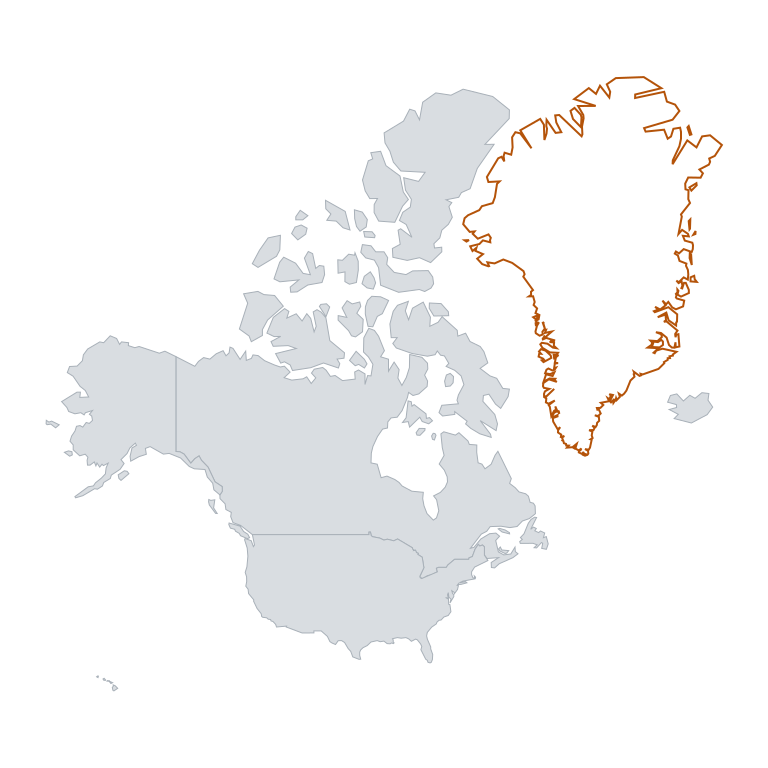 Greenland shown with its bordering countries
{"feature_id": "GRL", "entity_name": "Greenland", "entity_type": "country or territory", "adm_level": 0, "iso_a3": "GRL", "parent_name": "North America", "parent_adm1": "", "projection": "mercator", "projection_center": [-41.68, 71.708], "detail": "fine", "context": "with_neighbors", "style": "outline", "palette": "amber", "viewbox_px": 768, "rotation_deg": 0, "n_neighbors": 3, "source": "natural_earth", "source_scale": "50m", "svg_char_len": 18312}
<svg xmlns="http://www.w3.org/2000/svg" viewBox="0 0 768 768"><path d="M252.4,534.6L240.6,525.4L233.0,522.6L230.7,516.6L231.3,512.4L225.9,509.5L225.1,503.8L220.0,498.6L219.9,494.9L222.3,491.3L222.2,486.6L215.0,481.8L208.1,467.2L201.4,460.2L199.1,455.9L194.9,458.6L190.8,463.2L184.1,454.1L180.0,451.8L175.9,451.5L175.9,356.6L194.8,366.3L198.5,361.4L203.6,357.6L209.9,359.1L216.2,353.8L223.1,350.7L226.0,355.8L229.1,352.9L230.0,347.1L233.0,348.4L240.1,359.4L245.7,351.1L246.3,360.4L251.4,358.4L253.0,354.9L258.1,355.6L264.6,360.7L274.5,365.0L280.3,367.0L284.4,366.2L290.1,372.1L284.1,377.7L291.8,380.1L303.1,378.8L306.7,376.8L311.2,383.5L315.8,377.9L311.5,373.1L314.2,369.2L322.7,367.5L326.1,370.2L330.4,376.4L335.1,375.5L342.5,380.6L355.2,379.1L354.7,372.0L358.5,370.0L365.0,373.9L365.0,384.5L367.6,375.6L371.0,375.9L372.9,364.3L368.4,356.9L363.5,352.0L363.8,337.9L368.8,328.3L374.4,330.4L378.6,336.3L384.4,350.7L380.6,356.8L388.5,359.2L388.5,371.2L394.1,362.1L399.1,369.6L397.9,378.1L401.9,385.5L406.3,377.5L409.4,367.7L409.7,354.5L421.9,357.3L427.5,363.2L427.8,369.0L424.6,375.1L427.6,381.1L427.1,386.5L418.8,393.9L413.0,395.5L408.6,392.4L407.4,397.6L402.1,410.6L397.2,417.2L391.1,417.9L387.8,421.9L387.5,428.0L382.6,429.1L377.5,436.5L372.9,446.5L371.3,453.2L371.0,462.9L377.2,464.2L381.1,477.7L387.0,476.1L394.8,479.5L399.0,482.4L402.1,486.0L411.8,491.2L423.3,492.3L422.7,498.7L424.0,505.8L427.0,513.6L433.3,520.1L436.5,517.9L438.8,510.8L436.6,499.7L433.6,495.9L440.4,492.4L445.2,487.2L447.5,481.9L447.2,476.8L444.3,470.1L439.2,464.0L444.1,455.4L442.3,447.7L440.9,433.9L443.8,431.8L455.4,435.1L458.9,432.7L468.0,441.0L469.3,444.4L476.8,445.0L476.7,452.3L478.1,462.8L481.9,464.1L485.0,468.8L491.1,464.3L495.1,455.2L497.9,451.3L511.3,478.6L509.6,483.4L515.2,487.7L519.0,491.9L525.7,493.8L528.4,496.2L530.1,502.3L533.4,503.2L535.1,505.9L535.4,513.7L529.3,518.6L522.4,521.0L517.1,526.5L509.9,527.6L500.9,526.2L490.2,526.6L486.7,531.3L481.3,534.1L470.4,548.3L474.0,547.3L480.8,539.0L489.6,533.7L495.9,533.1L499.6,536.2L495.7,540.5L498.4,551.9L503.8,554.9L510.8,554.0L515.0,547.1L515.3,551.6L518.0,553.8L512.8,557.7L499.3,563.7L494.6,567.9L491.4,567.5L491.2,562.5L498.6,557.6L487.1,558.5L484.4,555.1L484.4,546.8L482.5,545.0L479.7,546.0L478.3,544.4L475.1,549.1L472.3,556.6L469.1,557.8L468.7,559.3L454.6,559.3L447.7,565.1L446.3,567.4L438.3,567.4L436.4,568.3L437.4,571.8L431.9,574.7L427.5,575.6L422.6,578.6L419.7,576.9L423.9,567.7L422.2,557.2L417.8,554.4L418.3,553.3L416.5,552.6L415.5,550.2L413.5,550.6L413.8,550.0L412.8,549.4L412.4,547.8L397.6,539.0L393.8,540.8L387.3,539.2L383.9,540.1L379.8,538.1L372.5,536.7L371.2,535.6L370.5,532.1L369.0,532.1L369.0,534.6L252.4,534.6ZM416.1,432.7L419.2,428.4L425.0,428.5L424.9,430.3L420.0,435.3L417.0,435.1L416.1,432.7ZM433.9,316.0L429.2,308.3L429.4,303.0L441.1,303.6L448.3,311.7L448.7,315.7L433.9,316.0ZM431.6,436.0L433.2,433.3L434.9,433.5L436.0,435.3L434.4,440.0L432.5,439.3L431.6,436.0ZM375.6,282.9L373.3,289.1L367.1,287.9L362.0,283.7L364.3,276.3L370.3,271.8L374.0,277.7L375.6,282.9ZM374.6,237.7L364.8,237.0L363.7,231.5L372.1,231.8L375.1,235.5L374.6,237.7ZM362.3,212.1L367.3,219.5L366.2,227.0L360.0,231.2L356.5,226.5L354.7,218.7L354.4,209.8L362.3,212.1ZM398.6,292.3L380.6,285.2L378.6,267.7L374.4,260.1L365.7,257.9L360.8,252.3L362.4,244.6L371.0,245.8L375.7,251.8L384.0,251.8L387.7,257.7L386.7,264.4L394.2,272.4L406.0,274.6L412.7,270.9L428.2,270.6L432.7,277.0L433.6,283.8L431.0,288.1L424.7,291.5L419.3,289.5L398.6,292.3ZM301.2,225.0L307.1,228.2L305.7,234.2L297.8,239.9L291.6,233.5L295.0,227.1L301.2,225.0ZM300.2,210.3L307.9,215.7L302.8,219.8L295.8,219.8L295.8,216.7L300.2,210.3ZM536.6,517.5L530.7,529.3L533.5,527.1L536.3,528.5L534.8,530.8L538.6,532.6L540.5,531.0L544.7,533.0L543.4,537.7L546.3,536.6L548.2,543.9L546.4,549.3L541.7,548.4L542.7,543.3L541.5,542.5L536.6,547.9L534.1,547.7L537.1,544.8L533.0,543.3L520.3,543.4L519.7,541.6L522.3,539.4L520.4,537.6L524.0,533.8L528.3,523.3L531.0,519.5L534.6,517.2L536.6,517.5ZM414.1,404.6L426.0,413.8L426.4,418.4L429.5,417.6L432.5,420.8L428.7,423.8L422.2,421.5L419.8,417.2L409.6,427.1L408.2,421.6L402.5,422.5L406.1,417.8L408.1,400.9L411.2,401.7L412.0,406.2L414.1,404.6ZM438.1,322.3L442.1,316.7L457.2,330.3L457.8,336.1L465.6,333.2L470.0,341.5L480.2,346.5L483.9,351.6L487.8,362.9L480.1,368.4L490.0,375.9L496.7,378.3L502.8,388.4L509.4,389.1L508.1,396.6L500.7,408.4L495.5,404.1L488.9,394.2L483.4,395.5L482.9,401.4L494.8,414.5L497.5,423.9L496.1,430.6L480.2,420.6L490.5,434.2L491.2,437.4L479.8,433.8L470.8,428.4L465.6,423.9L467.1,421.2L454.7,411.6L454.8,414.4L442.6,416.0L439.0,412.6L441.8,405.3L458.4,403.8L457.0,400.2L458.4,395.0L463.9,384.6L461.1,375.9L454.7,370.3L446.1,366.4L448.8,363.4L444.4,355.9L440.6,355.2L437.3,351.0L435.1,354.7L427.4,356.2L412.1,353.5L396.3,348.0L392.8,343.5L397.2,337.6L391.2,337.6L389.9,324.0L393.2,311.3L397.5,305.3L408.4,301.3L405.3,310.9L408.6,319.8L412.5,308.2L423.2,302.1L430.4,317.2L429.8,326.3L438.1,322.3ZM371.8,296.3L380.6,296.8L388.6,300.5L382.3,313.7L377.3,316.4L372.8,326.8L368.0,326.3L365.3,314.0L365.4,306.8L367.6,300.4L371.8,296.3ZM252.3,263.7L259.5,250.2L268.1,237.9L280.4,235.3L279.8,249.9L276.5,256.3L258.0,267.4L252.3,263.7ZM210.8,500.4L214.8,499.8L213.6,507.9L217.2,513.5L215.6,513.4L209.3,504.9L208.6,501.8L208.8,499.5L210.8,500.4ZM325.5,200.3L345.2,211.4L350.0,230.0L343.1,227.8L336.2,221.1L326.8,220.3L330.9,214.0L325.8,208.8L325.5,200.3ZM249.6,537.7L247.4,538.6L240.5,535.7L239.3,533.4L235.5,531.2L234.7,529.3L230.4,528.1L228.8,524.5L229.1,523.0L240.1,526.2L243.6,531.5L247.8,534.2L249.6,537.7ZM257.9,291.4L263.9,294.6L274.6,295.5L283.3,306.2L267.6,320.0L262.4,329.6L262.4,335.5L251.3,341.7L249.1,336.0L239.4,329.0L247.7,303.2L243.6,293.8L257.9,291.4ZM315.7,268.4L319.4,265.5L323.8,266.2L324.6,274.6L322.0,282.5L307.8,285.0L297.1,291.9L290.7,292.2L290.2,287.1L298.9,279.9L279.9,281.8L274.0,278.9L279.7,262.2L283.7,257.2L295.6,263.2L303.1,273.4L310.4,274.7L304.4,258.1L308.3,251.5L312.6,253.6L315.7,268.4ZM321.1,312.1L325.9,317.8L329.8,340.6L344.5,352.8L344.0,358.2L337.1,359.1L339.8,363.7L338.4,368.0L323.5,363.0L310.7,367.7L292.5,370.5L290.2,365.0L284.5,361.8L280.7,363.1L275.6,353.6L296.3,348.5L288.2,345.6L273.2,346.3L271.0,341.6L280.7,336.4L274.2,336.6L266.9,333.1L273.3,317.4L284.6,308.6L288.9,311.4L286.8,318.1L296.2,313.8L302.1,321.0L306.8,313.7L310.7,318.4L314.1,331.9L316.2,326.3L313.2,311.9L317.0,309.7L321.1,312.1ZM346.8,317.4L342.1,307.9L347.1,300.7L352.2,303.9L359.7,302.0L360.8,306.3L356.8,313.3L363.2,319.4L362.5,331.8L355.5,336.9L351.5,335.8L348.6,330.7L338.1,320.1L338.2,315.6L346.8,317.4ZM320.8,304.4L326.5,303.8L329.7,307.0L326.0,316.6L319.4,306.4L320.8,304.4ZM355.0,252.8L358.2,261.2L358.3,270.1L356.4,282.5L349.4,284.2L344.9,281.6L345.0,271.9L338.1,273.2L337.8,259.8L342.4,260.3L348.7,254.2L354.6,255.2L355.0,252.8ZM362.5,180.0L368.3,160.8L372.7,158.9L370.8,152.7L380.6,151.3L386.0,165.7L400.0,176.0L403.3,192.0L408.4,199.5L402.6,206.1L394.8,222.3L378.7,221.1L374.1,212.5L374.2,204.5L377.5,198.5L369.8,198.6L365.2,190.9L362.5,180.0ZM384.1,132.9L403.5,121.1L409.7,109.2L415.0,110.9L419.5,119.9L422.7,102.2L435.8,92.9L451.0,95.2L463.1,89.2L492.7,96.5L509.4,109.9L509.2,118.6L484.9,144.4L494.1,144.3L477.3,168.4L470.1,188.7L461.4,192.6L458.7,197.3L446.0,199.8L451.8,202.6L448.9,206.6L452.3,217.3L448.3,224.4L441.8,230.2L439.8,237.9L433.9,243.7L434.5,248.0L441.7,247.2L441.8,251.8L430.6,262.6L419.5,257.7L407.2,260.4L392.9,257.3L392.4,248.5L400.2,244.3L398.1,230.2L400.7,228.8L411.9,237.3L406.2,224.5L399.4,220.5L402.8,212.3L410.3,207.1L411.4,199.3L405.5,190.2L403.7,177.7L418.6,181.4L425.1,172.3L400.9,171.0L393.4,162.2L389.9,151.2L385.0,142.9L384.1,132.9ZM453.1,382.8L450.3,386.0L445.6,386.6L444.6,381.2L446.4,375.0L450.2,373.4L453.5,376.5L453.1,382.8ZM364.4,359.3L367.0,363.9L364.4,368.0L358.7,364.4L355.2,365.7L349.5,360.4L356.1,351.3L364.4,359.3ZM498.2,528.9L499.6,528.4L505.2,530.0L509.5,532.7L509.6,533.9L502.1,532.0L498.2,528.9ZM500.3,547.0L501.8,550.0L508.7,550.6L506.7,553.1L505.1,553.5L499.7,550.9L498.7,548.9L500.3,547.0Z" fill="#d9dde1" stroke="#a8b0b8" stroke-width="1"/><path d="M252.4,534.6L369.0,534.6L369.0,532.1L370.5,532.1L371.2,535.6L372.5,536.7L379.8,538.1L383.9,540.1L387.3,539.2L393.8,540.8L397.6,539.0L412.4,547.8L412.8,549.4L413.8,550.0L413.5,550.6L415.5,550.2L416.5,552.6L418.3,553.3L417.8,554.4L422.2,557.2L423.9,567.7L419.8,576.3L420.2,577.7L421.6,578.6L437.4,571.8L436.4,568.3L438.3,567.4L446.3,567.4L447.7,565.1L454.6,559.3L468.7,559.3L469.1,557.8L472.3,556.6L475.1,549.1L478.3,544.4L479.7,546.0L482.5,545.0L484.4,546.8L484.4,555.1L487.9,560.5L474.6,567.1L471.6,571.8L471.6,574.8L473.0,577.9L474.7,578.0L474.3,575.9L475.6,577.2L475.2,578.8L462.9,581.1L459.4,582.8L465.6,581.7L466.9,582.8L461.0,584.4L458.3,584.5L458.4,583.8L457.1,585.3L458.4,585.6L457.5,589.5L454.4,593.7L454.1,592.3L451.8,590.7L452.6,593.6L453.7,594.6L453.8,596.6L450.0,602.9L451.0,599.1L448.8,597.1L448.3,592.6L447.5,594.9L448.4,598.3L445.6,597.5L448.5,599.2L448.7,604.3L449.9,604.6L450.9,611.7L448.2,615.5L443.9,617.0L441.1,620.0L439.0,620.3L436.9,622.2L436.3,623.9L431.7,627.1L427.3,632.4L426.6,635.9L427.4,639.3L430.7,646.9L430.7,648.9L432.7,654.5L432.4,659.5L431.3,662.3L430.1,662.9L428.0,662.3L427.3,660.3L425.7,659.2L420.9,649.7L421.8,646.5L420.6,643.9L417.3,639.8L415.6,639.1L411.4,641.3L408.6,638.8L405.9,637.6L401.2,638.2L397.4,637.6L392.5,638.7L393.2,640.0L393.2,642.0L394.1,642.9L393.3,643.6L391.7,642.9L390.1,643.8L387.1,643.6L383.9,641.1L380.2,641.7L377.2,640.6L371.0,642.0L367.2,645.6L363.0,647.7L360.7,649.9L359.7,652.1L359.7,655.4L360.7,659.2L359.0,659.3L352.8,656.9L350.7,651.3L348.2,648.6L344.6,642.5L341.6,640.6L338.2,640.7L335.5,644.5L332.0,643.0L329.9,641.6L327.4,636.4L321.2,630.9L313.9,630.9L313.9,632.9L302.2,633.0L286.2,627.0L286.6,626.1L276.5,627.0L275.7,624.4L273.0,621.5L271.0,620.9L270.6,619.5L268.2,619.2L266.7,617.8L262.8,617.3L261.7,616.5L261.2,613.7L257.1,608.5L253.6,601.2L253.8,599.9L248.6,593.6L248.1,589.2L245.8,586.2L246.7,581.6L246.6,576.8L245.2,572.4L246.9,566.9L247.9,556.2L247.2,548.0L244.6,539.8L245.1,538.5L251.2,540.7L253.4,546.6L254.5,545.0L252.4,534.6ZM175.9,356.6L175.9,451.5L180.0,451.8L184.1,454.1L190.8,463.2L194.9,458.6L199.1,455.9L201.4,460.2L208.1,467.2L215.0,481.8L222.2,486.6L222.3,491.3L219.9,494.9L213.9,489.8L212.7,483.2L207.3,477.0L205.0,469.5L194.3,468.8L189.3,466.5L180.6,458.0L169.2,453.4L163.4,454.1L150.1,446.6L145.4,448.4L146.3,454.3L139.1,456.6L130.7,461.2L130.1,456.3L132.0,448.0L136.5,445.3L135.3,443.1L129.9,447.9L127.0,453.6L121.0,459.6L124.1,463.5L120.1,469.3L111.3,475.1L110.3,478.5L103.7,482.5L102.4,486.0L97.4,489.2L94.6,488.7L82.8,495.7L75.6,497.8L74.9,496.6L88.2,486.8L93.4,485.9L95.5,482.8L101.3,478.2L105.4,473.9L106.1,467.9L108.2,463.1L103.4,465.6L102.0,464.2L99.7,467.1L97.0,463.0L95.9,465.9L94.3,461.9L90.1,465.1L87.5,465.1L87.1,460.3L87.9,457.2L85.2,454.2L79.7,455.8L73.2,449.8L73.2,444.9L70.0,441.2L71.6,436.1L75.0,431.0L76.5,426.3L80.0,425.6L82.8,427.1L86.2,422.5L89.3,423.4L92.5,420.4L91.7,416.0L89.4,414.3L92.5,410.5L85.4,412.7L84.1,414.9L80.8,412.7L74.9,413.8L68.7,411.5L66.9,407.5L61.6,401.6L76.9,392.2L80.4,392.2L79.8,397.4L88.7,397.0L85.3,390.5L80.1,386.4L73.1,376.2L67.3,372.6L69.6,366.5L77.1,366.1L82.4,360.7L83.4,354.8L87.7,349.0L99.8,341.9L103.7,342.7L110.2,335.8L116.6,338.5L119.6,344.4L121.5,341.9L128.6,342.7L128.3,345.6L134.8,347.7L139.1,346.5L159.3,353.2L164.9,351.2L175.9,356.6ZM46.3,420.3L48.9,422.1L51.6,421.1L59.2,424.8L55.6,427.8L50.8,424.1L47.1,424.7L46.1,423.8L46.3,420.3ZM115.1,685.7L117.7,688.3L113.9,690.9L112.9,690.3L112.3,687.4L113.3,686.2L113.2,684.9L115.1,685.7ZM112.6,682.7L110.9,683.5L109.6,681.9L110.0,681.5L112.6,682.7ZM109.4,680.8L109.3,681.3L107.0,681.1L107.4,680.6L109.4,680.8ZM104.1,678.3L105.7,680.1L105.4,680.4L103.7,680.2L103.0,679.0L104.1,678.3ZM98.4,676.1L98.0,677.6L96.6,676.8L97.5,676.0L98.4,676.1ZM68.5,450.9L71.9,451.7L72.3,454.9L69.7,456.2L64.4,452.3L68.5,450.9ZM124.3,470.8L127.1,471.3L128.9,473.7L121.0,480.4L118.9,478.4L118.2,474.8L124.3,470.8Z" fill="#d9dde1" stroke="#a8b0b8" stroke-width="1"/><path d="M708.9,393.5L708.0,400.2L712.7,407.1L707.2,414.6L691.4,423.0L674.1,418.6L678.3,414.3L669.1,409.5L676.6,407.5L676.4,404.6L667.6,402.2L670.4,395.5L676.8,393.9L683.4,401.0L689.8,395.3L695.1,398.3L701.9,392.7L708.9,393.5Z" fill="#d9dde1" stroke="#a8b0b8" stroke-width="1"/><path d="M643.8,77.1L661.4,88.2L635.2,94.5L635.1,98.0L664.2,91.8L666.9,101.6L675.1,104.6L679.4,111.0L672.6,119.7L644.1,128.1L645.6,131.6L664.1,129.7L667.7,138.7L671.0,136.5L673.4,128.8L680.1,127.7L681.0,131.8L681.0,138.8L679.4,146.2L672.8,160.3L672.6,164.2L687.3,140.4L696.5,147.4L702.1,136.4L710.1,135.3L721.9,145.0L714.8,155.9L709.2,158.5L710.1,161.8L708.9,164.6L699.4,169.5L702.9,173.3L700.6,177.7L688.2,177.5L685.2,183.6L685.5,189.3L688.5,190.2L688.3,199.2L690.0,203.0L681.0,214.4L681.8,216.6L678.5,234.0L682.1,229.9L687.9,233.8L688.8,236.4L682.9,235.8L684.8,240.6L692.3,242.7L693.0,245.1L692.8,249.1L691.7,252.0L683.7,249.1L679.0,253.4L675.9,251.5L674.8,253.6L677.9,255.5L679.5,260.9L686.4,263.6L686.0,265.8L687.9,269.9L688.3,274.4L687.8,279.6L683.7,277.4L678.8,282.2L676.4,280.6L678.6,283.1L681.6,281.3L682.4,285.7L681.4,288.1L682.2,288.4L684.0,282.9L685.8,282.9L688.8,289.8L688.9,293.0L681.0,296.6L677.5,294.6L678.4,290.8L677.4,289.5L677.5,292.3L675.9,293.9L676.5,295.2L675.9,297.4L676.8,298.5L684.2,300.6L683.1,306.4L675.9,309.3L672.2,307.4L668.3,301.9L666.1,304.3L662.5,300.6L665.6,305.3L660.2,309.5L655.1,306.8L658.2,309.6L653.9,311.2L654.8,312.2L668.4,307.2L677.2,314.3L677.0,321.7L676.2,322.4L676.1,325.5L668.6,320.3L666.3,312.6L657.7,317.2L665.5,314.6L666.0,320.2L663.9,321.8L666.5,321.4L677.5,330.6L675.2,333.9L675.3,335.5L675.6,337.2L676.1,334.8L678.4,334.2L679.4,346.5L675.7,347.3L675.5,342.3L674.4,347.7L671.8,347.5L669.0,345.0L666.6,337.6L661.0,333.0L655.9,332.2L661.2,334.2L661.9,337.0L657.5,341.1L650.4,340.6L652.2,342.5L651.5,344.9L647.6,347.6L658.4,348.2L653.6,352.7L654.7,353.2L656.2,350.6L662.5,348.7L676.5,351.8L672.8,354.5L672.9,355.6L669.5,356.3L670.0,358.1L667.7,358.2L667.7,359.9L663.9,362.1L664.3,363.2L658.5,368.9L642.8,374.4L640.6,373.8L641.1,375.3L639.5,375.9L633.8,371.7L634.5,373.7L633.7,374.2L634.5,376.7L630.5,380.5L626.4,390.6L624.1,393.7L621.8,395.6L618.9,393.6L619.9,396.8L616.8,400.0L616.1,398.1L615.6,400.4L613.9,399.5L611.0,402.4L609.9,401.2L613.0,395.0L609.3,394.2L611.0,395.5L609.3,399.2L607.7,398.1L609.1,401.2L600.8,402.8L603.3,405.0L600.4,407.9L596.9,408.0L597.4,409.7L598.7,409.2L600.7,413.5L598.2,416.0L594.8,415.3L598.9,416.9L599.2,420.8L597.1,422.8L596.8,425.1L595.6,427.0L592.3,425.7L594.6,427.9L593.5,430.0L589.1,430.2L592.4,431.6L591.7,435.4L592.6,438.0L590.6,439.3L591.7,439.6L590.0,447.6L588.7,449.7L585.0,449.1L588.0,450.8L588.3,453.6L587.5,454.7L584.8,453.9L586.1,455.3L585.0,455.7L582.9,454.8L583.7,451.8L582.1,454.0L578.8,452.4L578.9,451.0L580.5,450.3L581.4,448.5L578.8,450.4L576.0,448.9L575.6,447.5L576.8,443.7L572.5,447.2L567.0,447.6L568.7,445.6L566.2,445.5L566.0,443.9L563.9,443.2L563.4,441.0L562.3,440.4L562.8,439.6L562.0,437.7L564.3,436.0L560.9,436.8L561.2,434.6L558.0,432.5L558.1,430.2L560.2,427.2L557.7,429.3L553.2,421.6L552.8,418.1L558.3,416.1L557.3,416.2L557.5,415.1L552.9,417.2L552.2,416.2L554.2,412.7L556.5,411.6L557.9,411.5L559.3,413.8L558.8,411.3L557.2,410.7L555.3,406.4L556.3,410.4L554.2,412.1L554.6,410.5L554.1,410.8L551.3,416.1L549.8,406.8L548.7,405.1L554.8,400.5L548.6,403.7L545.9,402.4L546.3,398.5L545.1,397.7L554.2,388.9L546.6,396.1L544.1,396.6L544.0,393.9L544.9,391.4L549.3,388.9L543.8,387.8L543.0,386.2L543.3,383.1L548.8,379.3L556.8,381.9L554.4,380.1L555.3,378.8L549.5,378.5L543.6,381.7L546.1,374.3L552.6,376.0L554.4,372.3L550.1,374.1L545.1,373.3L546.5,369.7L548.4,368.5L552.5,370.5L554.6,369.8L556.0,367.6L554.1,368.2L554.8,363.6L558.1,363.1L554.8,362.7L556.0,357.2L557.9,355.6L557.2,353.9L558.0,352.8L549.9,352.4L542.4,347.8L540.3,344.3L541.8,342.8L547.5,343.7L552.9,347.6L556.5,348.2L553.8,345.7L554.1,342.4L551.9,340.3L555.1,340.5L546.7,338.1L546.2,336.4L551.9,331.5L544.9,332.9L546.1,329.8L545.3,330.0L543.3,323.2L544.0,322.2L542.8,322.8L544.8,328.6L542.4,331.8L542.7,334.5L539.6,335.7L535.8,333.2L535.5,331.4L537.0,325.7L539.0,322.3L535.8,324.7L535.6,323.1L537.0,322.3L535.7,320.9L538.6,319.3L539.4,315.0L535.5,313.1L537.1,308.4L533.6,305.0L534.7,302.0L533.1,296.3L528.9,296.4L531.1,294.9L531.0,291.7L533.0,290.1L523.3,276.7L524.6,274.2L523.5,271.1L512.2,262.9L503.3,259.5L494.6,263.4L487.4,262.3L489.1,266.1L488.4,266.3L482.2,264.1L477.2,258.7L483.0,254.1L475.5,250.9L476.4,247.8L472.5,251.0L470.2,246.3L479.4,244.0L482.9,240.4L490.3,242.3L490.0,240.2L490.8,237.8L488.5,234.4L477.8,238.7L472.7,233.8L474.6,231.4L469.7,231.9L463.2,224.2L464.6,218.2L468.1,215.2L479.3,210.1L481.9,206.2L492.7,203.1L494.9,197.2L497.0,183.9L499.6,181.4L488.4,182.0L486.9,177.0L498.2,158.3L501.5,156.8L504.3,161.4L503.6,156.1L504.6,152.7L511.2,154.7L512.6,147.4L512.1,137.3L515.4,132.2L520.2,133.3L531.5,148.3L520.3,130.3L540.2,118.9L543.9,124.7L544.4,140.0L546.5,133.6L547.0,128.6L546.3,126.1L546.6,119.8L555.6,132.9L561.3,132.2L556.3,122.5L555.2,115.4L559.2,115.0L581.6,136.3L582.4,134.3L582.0,126.6L583.6,118.4L583.3,115.0L578.1,106.0L595.7,105.9L574.2,99.1L588.8,88.1L596.0,93.9L600.0,85.7L609.3,97.5L610.2,91.8L606.8,84.3L615.8,78.1L643.8,77.1ZM545.5,350.6L550.7,355.5L551.3,357.9L543.5,362.1L541.7,360.3L543.9,359.6L543.2,358.7L538.6,356.6L539.2,353.7L541.1,353.8L539.0,351.5L540.9,349.2L545.5,350.6ZM662.9,341.5L663.0,344.9L659.6,347.4L651.9,347.0L653.7,341.6L657.9,342.1L661.3,339.9L662.9,341.5ZM581.0,127.2L573.0,119.0L570.5,110.9L574.5,107.9L580.8,114.8L581.5,117.3L581.0,127.2ZM696.7,185.3L691.4,190.6L689.4,187.4L696.4,183.2L696.7,185.3ZM694.2,275.8L694.7,279.2L696.8,281.9L690.5,281.4L690.6,277.3L694.2,275.8ZM691.8,265.0L689.6,258.1L689.8,253.3L691.1,254.3L691.8,265.0ZM538.2,316.2L535.9,319.4L533.2,317.2L537.4,315.4L538.2,316.2ZM691.4,134.4L689.9,134.9L687.4,127.4L688.7,126.0L691.4,134.4ZM555.1,358.6L554.2,358.6L553.7,354.9L556.5,355.0L555.1,358.6ZM690.0,228.7L689.5,229.4L688.7,221.1L690.3,219.4L690.0,228.7ZM469.0,240.1L466.5,241.6L464.6,240.3L469.0,240.1ZM544.9,338.5L542.9,339.4L542.7,338.8L544.2,336.6L544.9,338.5ZM695.4,234.0L693.3,234.8L695.6,231.0L695.4,234.0ZM575.3,446.1L574.6,448.5L572.9,447.5L575.3,446.1ZM552.3,342.3L550.4,342.1L550.3,341.7L551.1,340.8L552.3,342.3ZM614.3,401.7L613.4,403.0L613.2,401.4L614.3,401.7Z" fill="none" stroke="#b45309" stroke-width="2"/></svg>